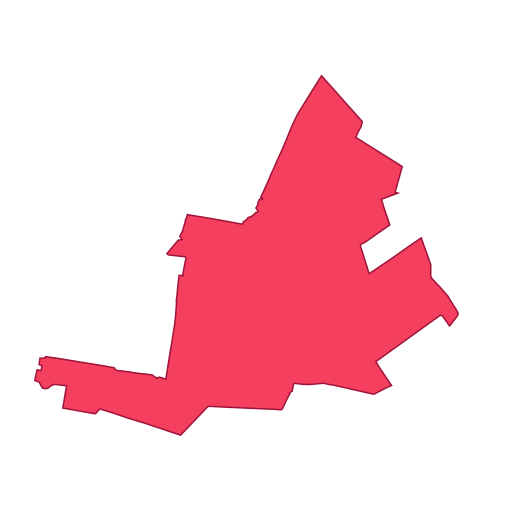 Vulturu, Constanta, Romania (Albers equal-area conic projection), rotated 186°
{"feature_id": "2599482B75754291666061", "entity_name": "Vulturu", "entity_type": "district", "adm_level": 2, "iso_a3": "ROU", "parent_name": "Romania", "parent_adm1": "Constanta", "projection": "albers", "projection_center": [28.28, 44.64], "detail": "fine", "context": "isolated", "style": "filled", "palette": "rose", "viewbox_px": 512, "rotation_deg": 186, "n_neighbors": 0, "source": "geoboundaries", "source_scale": "gbopen_adm2", "svg_char_len": 5236}
<svg xmlns="http://www.w3.org/2000/svg" viewBox="0 0 512 512"><g transform="rotate(186 256 256)"><path d="M60.0,234.9L60.0,235.0L60.4,235.5L61.0,236.2L63.5,238.5L67.7,242.4L69.8,244.4L70.1,244.7L70.2,244.8L72.7,246.7L72.7,246.8L76.7,250.2L76.9,250.4L77.9,251.3L78.3,251.7L78.7,252.1L79.1,252.5L79.3,252.7L79.4,252.9L79.5,253.1L79.7,253.4L79.8,253.6L80.0,254.0L80.1,254.3L80.2,254.5L80.3,255.5L80.6,259.0L81.0,262.6L81.1,263.9L81.3,264.9L81.3,265.5L81.4,265.9L81.5,266.1L81.6,266.4L81.8,266.8L81.9,267.2L82.2,267.7L82.5,268.3L82.8,268.8L83.1,269.4L83.4,270.0L83.7,270.7L84.6,272.6L85.5,274.5L86.0,275.6L86.5,276.7L88.5,280.8L89.9,283.6L90.2,284.1L90.4,284.7L90.7,285.3L90.9,285.8L91.1,286.3L91.4,286.8L93.6,291.3L98.2,287.4L105.3,281.3L114.2,273.5L120.4,268.1L120.5,268.0L121.2,267.4L127.1,262.4L134.0,256.6L141.5,250.4L141.8,250.3L142.6,252.4L143.5,254.5L144.3,256.5L145.2,258.6L146.1,260.6L146.6,261.8L153.3,277.2L153.4,277.4L153.4,277.5L153.4,277.8L153.4,278.0L153.2,278.3L153.0,278.5L152.2,279.0L151.3,279.5L150.5,280.1L149.7,280.6L148.9,281.2L148.1,281.8L147.4,282.4L146.6,283.1L136.8,291.7L134.8,293.4L132.7,295.3L126.3,300.7L126.2,300.8L126.2,301.0L129.3,307.7L133.6,317.0L133.8,317.4L135.5,321.5L137.2,325.5L121.5,333.4L122.1,333.5L122.5,333.5L123.0,333.6L123.5,333.7L123.9,333.8L124.1,333.9L124.2,334.0L124.3,334.0L122.1,347.1L119.9,360.1L120.0,360.3L121.5,361.0L125.2,362.9L130.1,365.3L136.9,368.6L143.6,371.9L154.9,377.4L161.0,380.4L168.8,384.2L169.2,384.5L169.3,384.5L169.4,384.8L169.2,384.9L169.1,385.0L168.9,385.3L168.2,387.4L167.8,388.5L167.6,389.3L166.0,393.4L165.9,393.6L165.8,393.9L165.6,394.1L165.5,394.3L165.4,394.4L165.3,394.7L165.3,394.9L165.2,395.1L164.9,397.0L164.7,397.9L164.6,398.8L164.4,399.8L164.3,400.7L164.3,400.8L170.0,406.0L177.4,412.7L180.3,415.3L186.1,420.6L191.4,425.5L198.3,431.8L204.9,437.7L209.7,442.1L215.2,430.9L217.3,426.7L223.1,414.7L226.5,407.6L228.8,402.9L229.3,401.7L231.2,396.7L233.2,391.1L235.0,385.1L237.5,376.5L239.8,368.9L240.9,365.3L244.0,356.0L246.2,349.2L246.6,348.0L246.9,346.6L247.3,345.6L249.0,340.8L249.9,338.0L251.7,331.9L252.9,328.4L253.4,326.8L255.8,319.5L257.4,315.2L257.2,315.1L256.9,315.1L256.6,314.9L256.3,314.7L256.0,314.5L255.9,314.2L255.8,313.6L255.5,313.4L255.2,313.1L255.2,312.9L255.3,312.7L255.5,312.6L255.8,312.8L256.3,313.5L256.6,313.6L257.1,313.6L257.6,313.5L258.0,313.0L258.6,312.5L259.7,309.3L259.4,307.5L261.0,304.0L261.1,303.7L258.3,300.6L259.3,299.8L260.3,299.4L260.9,299.0L262.9,296.6L265.0,294.6L266.4,294.2L267.2,293.7L268.3,292.9L268.5,292.6L268.6,291.9L271.7,288.9L272.3,288.7L272.5,286.3L276.1,286.4L285.9,287.2L290.9,287.6L291.1,287.6L292.4,287.7L302.4,288.4L313.4,289.1L317.3,289.3L328.6,290.0L328.7,288.2L329.3,286.5L329.3,286.4L330.0,284.2L330.0,282.3L331.0,277.1L331.5,273.7L333.9,267.5L331.5,265.1L331.2,264.7L335.0,263.6L343.1,251.7L344.4,249.7L344.8,249.2L344.7,249.1L344.5,248.7L344.2,248.5L343.9,248.3L343.7,248.2L343.2,248.0L342.8,247.9L342.2,247.9L336.9,247.9L328.6,247.8L326.8,247.8L326.3,247.7L325.9,247.5L325.7,247.3L325.5,247.0L325.4,246.6L325.4,246.3L325.4,245.8L325.8,243.0L326.2,238.1L326.6,233.4L326.9,230.3L326.9,229.7L326.6,229.2L326.4,228.8L327.0,228.8L330.5,228.7L330.5,224.3L330.5,223.0L330.6,218.2L330.6,214.5L330.4,209.6L330.6,206.2L330.5,202.1L330.2,202.1L329.7,188.9L329.7,183.7L329.8,178.5L331.1,154.5L331.2,154.4L332.3,133.3L332.8,124.3L332.8,124.2L333.4,124.3L334.6,124.5L335.1,124.6L335.9,124.8L336.6,125.0L338.7,125.3L339.4,125.4L340.0,125.2L340.4,125.0L340.7,124.9L341.3,124.7L341.3,124.3L341.7,124.5L342.2,124.1L342.3,124.3L342.6,124.5L342.9,124.7L343.3,124.9L343.9,125.2L344.5,125.5L345.1,125.8L346.0,126.5L346.5,126.7L347.1,126.8L350.9,127.0L356.2,127.0L358.5,127.0L360.9,127.0L365.4,127.1L369.6,127.5L375.5,127.6L382.7,127.7L383.7,128.3L384.3,128.8L385.3,130.0L396.9,130.9L407.8,131.5L418.7,132.1L431.9,132.9L440.4,133.4L454.9,133.9L455.0,132.5L457.6,132.1L460.2,131.8L460.4,125.3L457.4,124.4L457.9,119.4L461.8,120.1L462.4,114.5L462.7,112.3L462.8,110.9L462.9,109.6L463.0,109.0L462.8,109.0L462.3,108.9L461.6,108.7L460.5,108.5L458.6,108.0L457.5,106.5L455.0,102.8L453.7,102.1L450.6,102.2L448.8,103.0L445.9,105.9L442.6,107.3L430.8,107.1L431.2,101.6L432.2,84.6L402.1,82.4L399.2,82.3L395.3,87.6L386.0,85.7L382.7,85.1L376.1,83.6L374.6,83.3L369.8,82.2L368.3,81.8L353.6,78.9L345.7,77.4L339.4,75.8L338.7,75.8L321.9,72.0L313.9,70.3L313.1,70.2L312.5,70.0L312.3,69.9L309.2,73.9L305.2,79.1L299.8,86.1L294.5,92.9L294.4,93.1L290.7,97.9L290.6,98.0L288.2,101.1L287.9,101.1L287.4,101.6L274.3,102.3L250.3,103.7L219.2,105.6L217.7,105.5L215.2,105.7L214.1,106.3L213.7,106.8L210.8,115.3L208.9,120.4L207.9,122.4L208.5,122.9L208.5,123.2L208.3,123.4L207.2,124.4L206.1,125.3L205.8,125.5L205.7,127.9L205.3,132.8L203.6,133.4L194.9,133.2L193.6,133.6L190.9,133.6L188.3,134.0L175.6,136.5L168.1,135.7L166.3,135.9L165.8,135.7L159.6,135.0L149.8,133.9L149.6,133.8L133.5,131.9L126.3,131.0L125.2,130.9L124.3,131.0L123.8,131.1L123.3,131.5L118.4,134.7L112.9,138.4L107.6,141.4L114.2,149.1L120.4,156.6L123.5,160.5L125.8,163.5L125.7,163.5L117.8,170.6L66.4,216.5L63.8,215.4L56.4,206.8L55.9,206.9L52.9,211.8L49.9,216.8L49.3,218.1L49.0,219.0L49.1,220.3L50.3,222.3L56.2,229.9L60.1,234.9L60.0,234.9Z" fill="#f43f5e" stroke="#9f1239" stroke-width="1.5"/></g></svg>